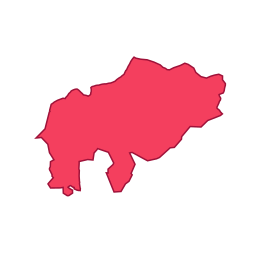 the district of Ife South, Osun, Nigeria, rotated 205°
{"feature_id": "59680162B5974853059370", "entity_name": "Ife South", "entity_type": "district", "adm_level": 2, "iso_a3": "NGA", "parent_name": "Nigeria", "parent_adm1": "Osun", "projection": "albers", "projection_center": [4.591, 7.196], "detail": "fine", "context": "isolated", "style": "filled", "palette": "rose", "viewbox_px": 256, "rotation_deg": 205, "n_neighbors": 0, "source": "geoboundaries", "source_scale": "gbopen_adm2", "svg_char_len": 3301}
<svg xmlns="http://www.w3.org/2000/svg" viewBox="0 0 256 256"><g transform="rotate(205 128 128)"><path d="M77.8,130.0L74.8,140.4L75.7,142.9L72.3,155.6L62.2,159.8L58.9,168.5L49.5,178.4L48.4,180.7L49.3,181.0L51.1,181.7L52.5,182.7L54.1,183.1L55.5,183.4L56.2,184.5L56.2,186.2L56.2,187.8L56.2,188.8L56.4,190.7L56.1,192.5L56.6,194.2L58.9,195.8L59.6,196.8L58.6,197.9L56.5,200.0L56.5,201.7L56.7,202.9L57.2,204.5L57.6,206.4L57.8,207.8L58.5,209.4L61.3,210.9L62.7,211.6L64.3,215.1L68.4,215.1L72.1,212.4L75.0,209.8L78.0,206.4L83.6,205.4L90.0,207.0L93.7,210.1L100.4,211.1L103.9,210.7L107.0,206.8L112.1,201.9L115.0,198.2L117.4,197.4L119.1,197.9L122.2,197.7L123.5,198.2L125.5,198.8L132.3,198.7L139.5,197.9L145.6,195.7L150.5,194.6L152.5,194.8L153.0,193.1L153.2,192.1L153.6,189.5L153.6,186.9L153.9,183.9L153.9,180.2L154.3,179.0L154.3,177.5L154.3,174.9L155.4,173.0L156.1,171.2L157.2,169.7L158.7,167.0L159.4,165.1L160.9,163.3L162.8,161.4L164.6,160.3L166.5,158.7L168.0,158.0L169.8,156.9L171.3,155.7L172.4,154.6L173.9,153.8L174.5,153.4L175.0,153.1L176.5,151.6L178.0,150.4L178.4,149.7L178.7,148.9L177.6,147.4L176.8,145.6L176.5,143.7L176.1,143.0L176.5,141.5L177.6,140.0L179.1,140.0L182.4,139.2L183.9,139.9L185.4,140.3L188.4,141.4L190.3,141.8L191.4,141.4L191.9,141.0L192.5,140.6L192.9,140.2L193.6,139.5L194.1,138.9L195.1,137.6L195.4,136.1L196.2,134.2L196.5,131.7L197.3,129.4L197.3,128.2L199.5,127.5L203.6,123.3L204.7,121.8L205.8,120.3L206.5,118.8L207.6,117.0L206.5,111.0L206.5,110.9L205.7,110.0L206.1,109.1L206.0,108.8L203.2,94.1L202.8,92.2L207.1,80.1L205.7,80.9L202.5,82.8L193.8,79.4L188.7,72.4L181.7,67.9L184.0,64.7L182.1,60.1L182.1,58.3L181.8,57.5L181.2,56.8L180.3,56.2L177.1,53.6L176.5,52.2L174.7,51.4L176.8,44.1L176.9,43.5L172.8,40.9L164.1,45.1L161.7,46.7L159.1,41.6L154.5,41.0L153.1,41.7L150.7,45.6L150.8,45.9L151.2,46.4L151.3,46.7L151.5,47.1L151.7,47.5L151.8,47.9L151.9,48.0L152.1,48.2L152.3,48.2L152.5,48.2L152.8,48.3L153.0,48.3L153.3,48.3L153.5,48.3L153.8,48.3L154.0,48.4L154.3,48.4L154.5,48.4L154.8,48.4L155.0,48.5L155.1,48.4L155.3,48.5L155.6,48.5L156.0,48.6L156.5,48.7L156.7,48.8L157.0,48.9L157.2,49.0L157.3,49.0L157.3,49.3L157.2,49.4L157.2,49.5L156.9,49.9L156.9,50.0L156.7,50.3L156.6,50.5L156.4,50.8L156.3,51.0L156.2,51.1L156.0,51.3L155.9,51.3L155.7,51.5L155.4,51.5L155.2,51.5L155.0,51.4L154.9,51.4L154.7,51.4L154.4,51.3L154.2,51.3L153.9,51.3L153.8,51.2L153.7,51.2L153.4,51.2L153.2,51.1L152.9,51.1L152.7,51.1L152.4,51.2L152.3,51.3L152.2,51.3L151.9,51.4L151.7,51.4L151.5,51.1L151.4,51.0L151.4,50.8L151.3,50.7L151.2,50.5L151.2,50.3L151.2,50.2L150.9,50.1L150.7,50.1L150.2,50.1L149.9,50.1L149.7,50.1L149.3,50.2L149.1,50.2L148.9,50.1L148.7,50.1L148.3,50.1L148.1,50.1L147.9,50.2L147.7,50.2L147.6,50.3L147.4,50.3L147.1,50.3L146.9,50.4L146.7,50.4L146.6,50.5L146.3,50.6L146.1,50.6L145.8,50.7L145.6,50.9L145.3,51.0L144.9,51.1L145.6,53.0L145.9,53.2L148.5,57.1L148.8,58.2L149.8,59.7L150.3,60.7L152.0,63.8L152.6,65.2L154.2,69.0L155.2,70.1L157.2,75.0L158.1,77.0L151.2,82.4L146.2,84.2L148.2,91.0L147.0,95.1L146.8,96.5L135.5,97.7L126.2,90.3L126.1,88.6L128.7,82.3L127.1,78.8L128.7,78.2L113.6,64.1L107.5,67.5L106.7,76.3L104.6,80.1L104.4,87.3L106.0,88.1L106.3,98.1L116.0,106.1L115.2,106.8L113.8,107.6L100.5,106.8L96.4,106.6L89.1,112.2L87.0,114.6L81.4,127.9L77.8,130.0Z" fill="#f43f5e" stroke="#9f1239" stroke-width="1.5"/></g></svg>